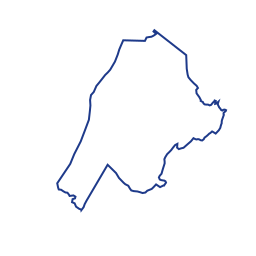 Kota Setar, Kedah, Malaysia, rotated 46°
{"feature_id": "92858781B49320909792008", "entity_name": "Kota Setar", "entity_type": "district", "adm_level": 2, "iso_a3": "MYS", "parent_name": "Malaysia", "parent_adm1": "Kedah", "projection": "natural_earth1", "projection_center": [100.406, 6.1], "detail": "fine", "context": "isolated", "style": "outline", "palette": "blue", "viewbox_px": 256, "rotation_deg": 46, "n_neighbors": 0, "source": "geoboundaries", "source_scale": "gbopen_adm2", "svg_char_len": 2116}
<svg xmlns="http://www.w3.org/2000/svg" viewBox="0 0 256 256"><g transform="rotate(46 128 128)"><path d="M154.7,218.6L154.1,214.9L152.7,212.1L151.4,208.1L150.7,205.5L140.3,168.2L152.1,167.9L157.7,169.2L164.3,169.2L166.6,169.0L169.7,167.9L172.9,168.7L175.2,169.0L177.4,167.7L180.2,165.3L182.4,164.0L184.9,162.7L186.5,160.3L186.5,157.7L188.3,153.3L188.3,150.7L188.1,147.0L192.8,146.0L194.0,142.3L194.4,142.1L193.7,138.6L192.4,138.1L191.1,138.4L189.8,139.4L188.4,140.4L187.1,140.9L185.0,140.1L184.4,138.4L184.2,135.7L182.0,131.9L178.9,126.2L177.5,124.9L175.7,123.5L174.9,121.5L174.0,118.0L174.0,115.0L173.9,112.3L173.4,109.3L173.0,106.0L173.7,103.5L176.2,106.3L178.5,106.1L179.5,104.0L180.8,101.8L181.1,95.6L181.3,92.0L180.8,88.0L181.9,87.6L182.8,87.3L183.9,86.6L184.6,85.4L185.6,84.7L187.3,84.2L188.5,83.3L188.7,81.3L188.1,79.6L188.4,77.5L188.5,75.9L188.5,74.6L188.5,73.4L188.8,72.3L188.9,69.9L189.8,69.6L192.9,68.8L192.7,64.2L192.0,61.5L191.1,60.1L190.3,58.7L189.6,57.2L188.8,56.5L187.7,55.1L185.2,50.1L185.1,49.9L184.3,49.6L183.5,48.5L183.7,45.9L183.3,45.1L182.0,45.6L181.1,46.8L180.9,48.1L179.4,48.5L178.2,48.1L176.6,48.1L175.4,47.7L174.1,47.3L173.0,46.7L171.9,44.7L171.8,47.4L171.2,48.5L170.4,47.5L169.6,46.1L168.4,46.6L168.8,47.6L168.7,48.9L168.8,50.1L169.1,52.1L168.5,53.5L166.7,54.2L165.6,55.4L164.2,56.5L162.7,56.6L161.4,56.1L159.0,56.9L158.5,56.2L155.5,55.3L150.7,54.6L148.0,52.5L147.8,49.9L145.3,49.3L141.6,49.6L137.1,49.6L133.5,49.3L131.0,48.0L126.2,44.6L116.0,35.5L76.0,41.1L76.3,42.6L77.6,42.5L79.8,42.3L79.6,44.1L79.2,46.0L78.6,47.8L77.1,49.8L75.8,51.8L77.1,55.3L61.6,70.5L63.8,75.8L65.5,79.8L68.0,84.3L71.2,91.3L73.7,100.3L74.0,103.9L74.0,107.6L74.7,112.5L75.4,117.8L75.8,121.5L78.3,127.6L78.6,131.7L81.5,135.8L85.7,139.4L89.2,143.5L94.9,150.4L100.2,161.5L102.3,166.0L104.8,171.3L106.9,177.4L109.4,184.7L113.7,194.5L118.6,217.3L122.4,219.7L124.1,220.5L126.0,219.0L128.5,218.5L130.9,217.8L132.5,216.5L135.0,216.8L136.3,217.2L138.6,214.1L140.9,213.5L141.8,215.0L140.7,217.3L142.5,219.8L145.1,218.7L148.5,220.0L152.1,219.3L154.3,218.3L154.7,218.6Z" fill="none" stroke="#1e3a8a" stroke-width="2"/></g></svg>